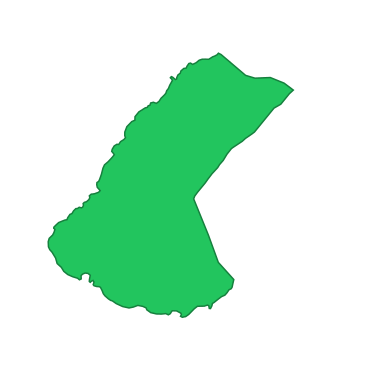 Gilman, Federated States of Micronesia (Natural Earth projection), rotated 40°
{"feature_id": "79324940B77190916627334", "entity_name": "Gilman", "entity_type": "district", "adm_level": 2, "iso_a3": "FSM", "parent_name": "Federated States of Micronesia", "parent_adm1": "", "projection": "natural_earth1", "projection_center": [138.059, 9.451], "detail": "fine", "context": "isolated", "style": "filled", "palette": "green", "viewbox_px": 384, "rotation_deg": 40, "n_neighbors": 0, "source": "geoboundaries", "source_scale": "gbopen_adm2", "svg_char_len": 2677}
<svg xmlns="http://www.w3.org/2000/svg" viewBox="0 0 384 384"><g transform="rotate(40 192 192)"><path d="M204.1,48.8L192.6,49.4L178.4,54.0L167.1,64.3L158.1,68.2L125.9,68.0L123.0,68.7L123.0,70.8L121.9,73.5L121.0,75.0L119.5,79.6L116.8,81.7L114.4,83.8L112.8,86.4L112.0,90.5L110.5,93.8L108.0,94.2L107.0,95.6L107.3,98.8L107.9,100.9L106.3,102.6L105.7,106.4L106.7,108.7L106.5,109.2L106.0,111.4L106.8,114.2L107.6,115.3L107.0,116.5L103.3,116.5L102.0,116.9L102.0,118.4L104.1,118.6L105.3,119.3L106.3,124.5L107.4,127.9L107.5,130.7L108.5,133.2L108.5,135.3L108.2,138.5L108.0,140.0L108.5,143.8L107.7,147.0L104.7,148.1L103.1,150.4L104.0,152.6L103.0,154.1L103.4,155.8L102.1,157.6L99.8,164.7L99.9,170.9L102.1,173.7L100.6,176.8L100.1,183.8L102.0,189.3L104.3,192.1L106.1,193.1L106.1,195.6L104.9,199.3L105.3,202.7L103.8,203.7L102.8,206.7L103.4,210.5L104.4,212.5L106.3,212.8L108.5,213.4L108.6,216.6L108.3,222.7L107.5,227.4L108.5,231.0L111.2,236.6L113.1,241.7L113.7,243.9L113.1,245.8L114.3,247.6L116.4,249.3L119.1,249.7L120.8,250.0L120.6,252.3L118.5,255.9L117.4,257.2L116.2,258.4L115.8,260.9L117.3,262.0L117.9,264.0L117.4,267.3L116.2,269.1L116.0,270.8L117.4,272.0L118.0,273.9L117.5,275.2L115.4,276.2L114.9,278.2L113.7,279.4L113.4,282.6L113.9,285.7L112.9,287.6L113.3,291.5L114.0,293.6L112.6,295.3L109.5,301.1L109.0,305.0L108.8,307.8L109.5,308.7L111.0,308.7L112.2,311.5L112.9,314.5L112.4,319.3L113.8,322.5L117.3,326.3L120.1,327.6L123.5,328.1L130.0,330.3L134.7,333.5L140.3,333.7L144.8,335.2L149.9,335.1L155.1,333.6L159.8,331.6L162.2,331.6L163.0,329.8L160.8,327.4L160.8,326.9L161.0,325.2L162.2,322.8L164.7,321.2L167.6,321.2L169.7,325.0L170.9,326.6L172.1,326.6L172.3,325.0L173.0,323.4L174.8,324.0L175.9,326.5L177.2,326.8L179.7,325.7L181.9,324.1L183.2,323.9L186.5,325.3L189.4,326.9L192.0,327.5L196.7,327.6L199.4,327.3L200.9,326.6L205.7,326.2L212.6,324.3L218.3,321.3L221.0,317.9L223.4,313.7L227.7,311.3L231.2,310.3L231.7,310.5L233.1,311.3L237.1,311.0L237.8,311.0L243.1,308.3L247.1,305.1L250.1,302.0L252.8,301.3L253.6,299.1L253.3,297.6L253.2,295.7L256.6,293.0L261.3,292.0L262.7,292.8L263.1,294.6L265.1,294.2L266.7,292.1L267.2,291.6L268.2,287.9L268.8,280.0L269.6,276.1L271.7,274.2L274.8,271.5L276.5,268.7L277.9,268.3L280.1,270.1L281.1,269.4L280.4,266.4L279.3,264.3L279.9,262.5L281.0,257.0L281.9,253.1L283.5,249.9L283.6,246.9L283.2,243.1L284.2,240.9L283.9,239.1L282.4,236.3L280.3,232.2L257.4,229.0L232.3,214.5L197.7,196.2L196.7,193.3L196.4,188.5L196.3,176.6L195.9,171.7L195.6,165.1L196.0,156.8L195.5,153.4L195.6,147.7L194.5,140.6L194.3,133.4L194.8,131.4L197.9,120.9L198.5,116.6L200.6,109.0L201.3,105.9L200.9,75.0L203.6,67.7L203.4,54.2L204.1,48.8Z" fill="#22c55e" stroke="#15803d" stroke-width="1.5"/></g></svg>